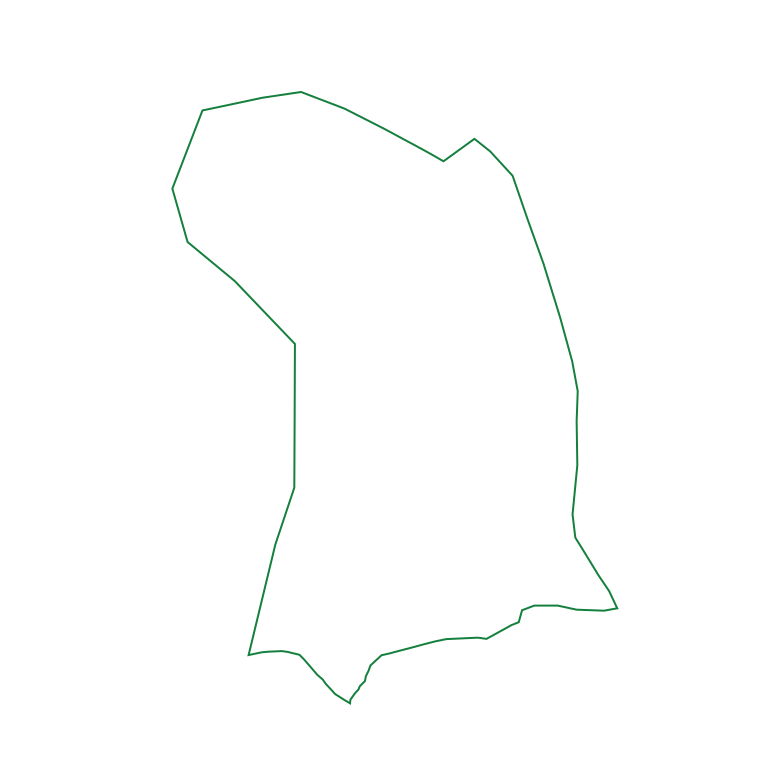 outline of Bonneterre Gardens, Gros Islet, Saint Lucia, rotated 78°
{"feature_id": "8701671B61716592772376", "entity_name": "Bonneterre Gardens", "entity_type": "district", "adm_level": 2, "iso_a3": "LCA", "parent_name": "Saint Lucia", "parent_adm1": "Gros Islet", "projection": "mercator", "projection_center": [-60.933, 14.067], "detail": "fine", "context": "isolated", "style": "outline", "palette": "green", "viewbox_px": 768, "rotation_deg": 78, "n_neighbors": 0, "source": "geoboundaries", "source_scale": "gbopen_adm2", "svg_char_len": 1014}
<svg xmlns="http://www.w3.org/2000/svg" viewBox="0 0 768 768"><g transform="rotate(78 384 384)"><path d="M621.0,572.8L621.0,561.1L621.1,558.5L621.8,552.9L624.0,539.5L626.0,534.0L631.3,523.0L636.7,519.5L642.9,516.1L654.6,509.7L660.3,505.4L665.4,503.2L672.2,499.1L677.1,496.3L684.1,489.2L689.3,483.6L685.8,482.5L680.5,476.7L677.5,472.5L674.6,470.5L670.6,464.4L666.1,462.5L661.1,458.6L656.5,455.8L648.8,442.8L648.7,434.9L648.2,425.4L647.5,409.9L646.9,399.3L646.4,387.3L646.5,376.0L651.6,345.1L654.6,336.7L646.3,309.3L645.0,301.7L634.0,296.0L632.0,283.0L636.9,260.1L644.8,242.5L651.5,215.8L651.9,202.5L633.5,206.8L615.9,213.9L585.9,224.5L574.1,228.8L550.8,226.7L503.7,211.8L460.4,203.3L431.3,196.0L401.1,195.2L355.3,197.9L299.2,203.0L252.7,209.3L207.1,214.9L178.5,231.8L163.0,244.6L178.5,279.5L164.4,295.4L134.7,330.4L106.5,365.3L81.1,404.5L78.7,443.7L78.7,504.7L148.9,550.4L204.3,546.6L252.4,508.5L326.3,462.8L396.5,478.0L466.8,493.3L518.5,523.7L621.0,572.8Z" fill="none" stroke="#15803d" stroke-width="2"/></g></svg>